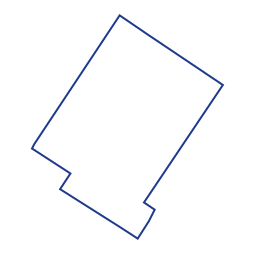 the district of Coles, Illinois, United States of America, rotated 124°
{"feature_id": "52423323B20272514660915", "entity_name": "Coles", "entity_type": "district", "adm_level": 2, "iso_a3": "USA", "parent_name": "United States of America", "parent_adm1": "Illinois", "projection": "albers", "projection_center": [-88.152, 39.53], "detail": "fine", "context": "isolated", "style": "outline", "palette": "blue", "viewbox_px": 256, "rotation_deg": 124, "n_neighbors": 0, "source": "geoboundaries", "source_scale": "gbopen_adm2", "svg_char_len": 312}
<svg xmlns="http://www.w3.org/2000/svg" viewBox="0 0 256 256"><g transform="rotate(124 128 128)"><path d="M39.5,165.3L39.3,197.9L193.7,196.7L198.7,196.1L197.9,150.3L216.7,150.1L214.6,77.7L214.3,58.1L193.6,58.6L180.8,60.2L180.8,73.1L39.3,73.4L39.5,165.3Z" fill="none" stroke="#1e3a8a" stroke-width="2"/></g></svg>